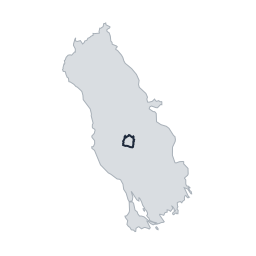 where Kirsehir sits in Turkey, rotated 245°
{"feature_id": "TUR-2286", "entity_name": "Kirsehir", "entity_type": "Province", "adm_level": 1, "iso_a3": "TUR", "parent_name": "Turkey", "parent_adm1": "", "projection": "robinson", "projection_center": [34.21, 39.339], "detail": "fine", "context": "in_parent", "style": "outline", "palette": "slate", "viewbox_px": 256, "rotation_deg": 245, "n_neighbors": 0, "source": "natural_earth", "source_scale": "10m", "svg_char_len": 4327}
<svg xmlns="http://www.w3.org/2000/svg" viewBox="0 0 256 256"><g transform="rotate(245 128 128)"><path d="M195.0,94.0L198.4,95.1L199.5,94.3L202.6,94.4L205.4,95.0L206.8,93.2L208.8,93.4L209.2,94.3L210.1,94.6L213.1,97.0L212.7,97.3L213.5,98.2L216.0,98.8L216.3,100.0L218.2,101.8L219.3,104.5L218.8,106.4L217.8,107.7L219.5,111.8L219.1,112.4L222.1,113.7L225.9,113.5L227.1,114.1L230.9,117.4L231.9,118.7L229.3,117.1L227.9,118.5L227.3,121.8L223.3,122.4L224.0,124.5L225.1,125.5L224.9,127.5L225.2,128.3L226.3,129.6L226.2,131.4L226.8,133.3L226.8,135.6L228.5,136.3L227.8,137.3L226.1,142.0L226.3,142.3L227.5,142.4L230.4,144.6L229.9,145.3L230.4,148.3L232.9,150.2L232.5,151.2L232.6,152.2L230.8,151.7L227.4,154.4L227.0,154.3L226.4,153.4L226.2,150.7L225.4,150.0L224.2,149.9L222.3,151.1L220.6,151.0L218.8,150.8L214.1,149.2L212.4,149.7L210.6,149.1L207.1,152.3L206.1,152.6L205.5,151.0L204.3,150.1L202.7,151.3L196.8,152.9L194.0,153.1L190.6,152.6L187.8,152.8L180.3,156.4L173.0,158.3L166.5,158.2L162.9,155.9L160.1,155.4L151.8,158.8L147.7,158.7L146.3,157.3L143.2,156.7L142.5,158.0L141.9,161.3L143.0,164.3L141.2,164.5L140.1,165.1L139.8,167.4L138.2,168.2L137.7,169.6L137.4,169.7L134.8,168.5L135.5,167.4L133.9,163.3L134.6,162.0L138.0,158.6L137.9,156.6L136.4,155.3L132.2,157.7L131.8,158.7L130.8,159.4L129.2,159.7L121.6,156.5L117.1,159.3L113.3,163.5L110.4,165.0L101.9,166.1L100.4,166.9L97.5,166.1L95.8,165.0L91.9,160.3L84.5,156.7L76.7,155.9L76.0,156.8L75.7,160.4L74.4,163.8L73.8,164.2L72.0,163.3L66.0,165.3L60.9,163.1L60.0,162.1L58.9,158.2L58.2,157.9L57.3,158.4L56.5,158.4L52.8,156.7L50.8,156.6L49.6,158.2L47.6,158.9L47.6,158.5L48.4,157.4L45.3,157.6L43.6,158.4L41.4,157.9L41.6,157.4L43.4,156.9L47.5,156.3L50.2,153.7L40.4,153.8L39.4,154.4L39.3,153.0L39.8,152.4L42.5,151.9L42.3,150.7L40.8,149.5L39.0,148.9L38.3,146.0L37.5,145.3L37.6,144.9L39.2,144.4L39.6,142.3L39.4,141.0L36.3,139.9L35.5,140.0L34.8,138.9L33.4,138.1L32.3,138.7L29.2,137.0L29.8,135.8L30.6,135.8L30.8,134.8L30.2,133.2L30.3,132.4L31.0,132.2L31.7,132.3L32.5,133.3L32.6,135.1L33.4,136.2L34.0,135.1L35.5,135.7L38.1,135.2L38.6,134.7L36.7,134.8L36.0,134.3L34.5,131.3L36.1,130.4L37.3,128.9L35.2,127.9L35.7,125.8L33.8,123.5L36.4,120.5L36.3,120.1L35.5,119.9L27.7,121.2L27.6,119.8L28.2,118.6L28.3,115.7L28.6,114.2L30.1,113.7L31.9,111.4L34.9,108.7L37.9,108.8L39.1,108.1L40.9,108.0L41.3,109.1L42.9,109.8L45.6,109.7L47.0,109.0L45.7,107.7L47.3,107.3L48.5,107.6L47.8,109.0L48.2,109.2L51.8,108.7L55.5,109.1L59.6,108.9L60.1,108.4L57.2,107.0L59.1,105.7L60.1,105.5L68.8,104.3L68.8,104.0L63.6,103.3L60.9,101.6L60.2,100.7L60.7,98.5L61.3,97.9L63.2,97.8L69.7,98.8L74.3,98.2L79.3,99.7L84.1,99.4L85.1,98.7L86.4,96.6L93.2,93.0L95.6,91.2L106.2,87.5L121.9,88.2L124.7,86.7L126.3,87.2L125.9,88.2L126.0,89.0L127.9,91.2L130.7,92.4L134.6,91.4L136.0,91.8L137.4,95.2L139.9,97.2L141.0,97.3L142.5,96.1L143.9,96.0L146.2,97.2L147.0,98.4L154.6,99.8L156.2,100.8L161.3,101.8L172.6,99.4L176.8,101.0L180.3,101.6L181.7,101.3L186.3,99.4L187.7,98.3L190.5,97.4L194.0,95.2L195.0,94.0ZM49.4,88.0L49.0,89.5L49.7,91.2L51.2,93.5L52.8,94.6L60.4,97.8L59.2,100.7L57.3,101.2L50.7,99.7L48.0,100.9L46.1,100.6L43.4,101.2L42.6,102.9L40.7,105.0L35.3,107.5L30.3,112.4L28.9,113.0L29.6,111.4L29.6,109.9L31.8,108.2L34.8,106.8L35.6,105.8L28.1,106.0L27.5,104.4L28.2,104.1L30.7,101.4L31.0,100.3L30.9,97.7L33.9,96.1L34.1,95.5L33.7,92.9L31.0,91.3L31.1,90.6L33.1,89.9L34.3,88.0L37.2,87.7L38.6,86.8L41.1,86.3L44.2,88.6L47.9,87.8L49.4,88.0ZM26.4,112.2L23.9,112.7L23.1,112.2L24.0,111.4L25.9,110.9L26.5,111.7L26.4,112.2Z" fill="#d9dde1" stroke="#a8b0b8" stroke-width="1"/><path d="M113.1,127.4L113.1,126.9L112.5,126.7L112.3,126.5L111.9,126.4L111.4,126.3L111.1,126.2L111.0,125.9L110.8,125.8L110.6,125.7L110.1,125.3L108.8,124.6L108.6,123.8L109.9,121.8L111.6,120.4L112.4,119.3L112.9,118.0L114.6,116.4L114.8,116.6L115.1,116.8L115.7,116.8L116.2,117.3L116.8,117.9L117.3,118.0L118.1,118.0L118.3,118.3L118.4,118.6L118.6,118.9L120.1,120.6L120.6,120.9L121.1,121.0L121.6,121.4L121.9,122.0L121.3,122.1L120.6,122.0L120.3,122.1L120.3,122.4L120.4,122.9L120.6,123.3L120.7,124.0L120.6,124.9L120.9,125.4L121.2,125.9L120.7,126.5L120.0,126.7L119.4,127.1L118.1,127.6L117.9,128.3L118.0,128.9L118.1,129.2L117.6,129.3L116.4,128.4L116.2,128.4L115.7,128.3L114.9,128.7L114.5,128.4L114.3,127.8L113.9,127.6L113.7,127.7L113.2,127.6L113.1,127.4Z" fill="none" stroke="#1e293b" stroke-width="2"/></g></svg>